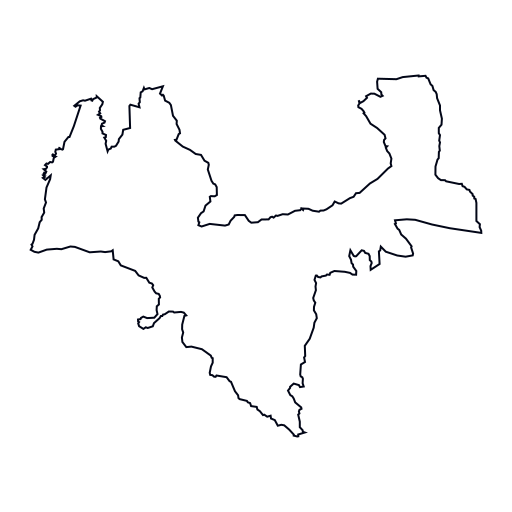 outline of Atzitzihuacán, Puebla, Mexico
{"feature_id": "50627088B49203716131538", "entity_name": "Atzitzihuacán", "entity_type": "district", "adm_level": 2, "iso_a3": "MEX", "parent_name": "Mexico", "parent_adm1": "Puebla", "projection": "mercator", "projection_center": [-98.615, 18.813], "detail": "fine", "context": "isolated", "style": "outline", "palette": "ink", "viewbox_px": 512, "rotation_deg": 0, "n_neighbors": 0, "source": "geoboundaries", "source_scale": "gbopen_adm2", "svg_char_len": 6006}
<svg xmlns="http://www.w3.org/2000/svg" viewBox="0 0 512 512"><path d="M59.5,147.0L59.0,149.2L55.8,149.6L55.3,151.8L56.0,153.6L55.3,154.8L54.2,155.4L52.9,154.4L52.4,154.9L52.6,156.0L55.5,156.7L53.8,157.9L53.0,161.7L52.1,162.4L50.1,162.0L48.0,163.9L46.5,163.5L45.0,165.1L47.0,166.5L47.0,167.4L45.9,168.9L43.7,169.2L46.3,171.6L45.6,173.1L44.2,172.7L43.6,173.8L44.7,174.9L43.2,175.3L44.8,176.9L42.9,177.9L45.4,179.9L50.7,175.4L50.1,179.2L46.5,187.5L44.9,199.3L46.0,202.5L43.7,208.5L44.2,212.6L41.6,217.1L41.7,219.8L39.7,222.2L38.2,228.4L34.6,234.8L34.0,239.8L32.5,243.8L31.5,244.6L32.5,246.4L30.7,249.8L34.4,251.8L38.4,252.6L46.8,249.6L56.8,248.8L61.4,249.2L70.4,246.5L74.9,246.9L89.7,252.3L100.8,251.5L105.1,252.1L111.3,251.3L112.7,250.3L113.6,259.4L118.3,261.3L120.8,265.4L135.2,270.9L138.6,275.4L144.2,277.9L146.3,277.8L149.3,282.7L151.9,283.5L153.2,285.2L152.3,287.5L154.6,291.6L156.1,293.3L158.7,293.9L159.8,295.8L160.1,297.4L158.8,298.8L158.9,304.5L156.8,306.3L156.6,310.1L157.5,314.1L154.3,317.7L147.1,318.1L143.3,316.6L141.0,317.9L140.5,319.1L138.0,319.5L138.1,321.4L139.1,322.1L138.2,323.4L139.1,326.2L143.4,328.9L145.8,327.3L147.7,328.0L152.8,326.3L154.0,323.1L159.6,318.1L160.9,316.0L162.3,316.0L163.0,314.6L164.7,314.3L168.9,311.5L173.0,311.6L174.2,312.5L181.0,311.9L183.8,312.6L186.2,315.4L184.4,315.9L182.2,324.6L182.1,329.2L183.2,332.5L181.9,337.5L182.4,342.0L186.3,347.1L191.4,346.6L201.9,349.2L210.8,355.6L211.7,357.8L212.7,358.2L212.7,362.7L211.0,366.4L209.7,372.8L210.2,374.9L212.4,375.2L214.1,376.7L215.6,376.8L216.5,375.5L226.6,377.2L229.6,381.2L231.0,381.8L235.0,391.3L238.1,395.3L238.5,398.1L239.6,399.1L246.9,400.9L247.8,402.3L250.1,403.1L251.1,406.1L256.7,406.9L257.4,409.5L259.9,411.2L263.0,415.1L264.3,414.7L267.2,416.7L270.6,415.7L271.0,418.5L274.8,420.1L277.8,425.7L281.3,424.8L284.2,425.3L289.2,429.6L293.8,434.6L293.7,435.6L297.3,436.5L298.3,436.3L298.2,434.5L304.8,432.5L302.9,431.8L302.6,430.2L299.8,427.2L299.8,421.7L298.2,414.6L299.4,413.5L298.9,411.4L299.5,409.8L301.5,408.8L301.2,407.4L295.2,402.4L293.7,398.5L292.3,396.3L290.3,395.1L288.0,390.6L290.1,387.9L290.1,386.8L293.7,383.6L298.9,385.1L300.0,387.1L303.7,386.5L302.6,383.2L302.9,378.8L302.3,377.3L300.7,376.4L300.2,374.5L300.9,364.5L305.0,362.0L304.1,357.5L305.2,356.0L304.8,345.8L309.7,338.8L313.7,327.7L314.4,322.7L316.8,318.2L316.2,314.2L313.9,310.4L314.0,306.8L315.3,302.7L313.8,300.5L313.2,298.0L315.9,290.2L315.5,286.5L316.1,283.1L314.5,279.9L315.8,275.6L316.8,275.5L318.1,277.0L320.5,277.4L321.6,276.4L325.9,275.6L327.0,274.5L329.6,274.8L330.3,272.8L334.4,271.0L344.8,271.8L350.0,272.9L352.5,274.6L356.1,274.7L356.3,271.0L353.2,266.7L353.0,264.5L351.6,263.2L351.0,259.7L349.2,256.1L350.4,250.3L353.7,255.9L355.1,256.4L356.2,256.2L361.7,250.3L364.0,250.9L365.2,252.9L368.5,253.8L369.7,256.1L369.8,260.1L371.3,261.5L371.7,263.0L370.5,266.1L370.7,269.8L379.6,264.0L378.9,251.4L380.2,250.4L380.8,246.6L385.8,251.7L397.2,255.5L405.6,256.7L412.7,255.4L413.1,253.6L411.1,247.4L411.6,246.3L406.0,238.7L401.2,234.5L399.2,229.9L397.6,228.7L394.9,224.0L395.9,223.4L395.0,220.3L406.7,219.3L415.2,219.8L432.0,224.5L449.7,228.2L481.3,232.9L481.2,230.7L479.6,227.1L479.9,224.2L476.4,221.0L476.4,202.9L475.6,199.0L474.3,198.5L474.2,196.7L472.7,195.6L472.6,194.1L470.0,191.6L469.4,189.9L466.8,189.4L464.5,186.8L462.6,186.2L461.8,183.8L459.1,184.0L446.1,181.3L445.0,180.2L440.9,180.1L438.1,178.2L435.4,174.7L435.5,166.5L437.5,159.6L438.7,158.2L438.9,151.9L439.8,150.6L439.3,146.1L440.0,142.4L439.2,140.6L440.0,135.1L438.8,133.2L438.8,127.9L441.5,124.7L441.9,118.7L440.0,110.3L440.0,105.5L437.1,98.2L436.7,94.2L435.7,91.9L433.6,90.1L432.4,85.9L430.6,84.3L428.2,78.4L426.5,77.7L425.5,75.8L418.7,76.4L418.6,75.5L402.7,77.1L396.4,79.2L377.9,78.7L377.1,81.7L377.6,88.8L381.2,92.2L381.4,94.5L382.6,95.8L380.4,96.8L374.4,93.7L370.8,93.6L366.1,96.2L367.0,97.8L363.4,101.2L360.1,103.0L358.7,100.3L359.5,103.4L358.2,105.5L358.4,107.2L361.5,108.8L363.6,111.2L364.4,112.7L363.6,113.3L366.1,116.1L370.5,123.7L377.1,128.0L384.6,134.8L385.5,138.4L384.1,139.9L383.8,142.0L385.5,146.1L387.1,146.3L385.8,147.7L387.2,151.1L389.4,153.5L391.4,158.6L390.7,163.4L391.4,166.1L388.0,168.5L377.5,178.9L369.9,183.5L359.6,192.9L356.0,193.2L353.6,196.8L350.0,198.1L341.2,203.6L338.7,203.4L334.7,201.5L332.5,205.3L326.5,209.3L323.6,210.5L320.4,210.6L319.0,211.7L312.6,210.7L308.5,208.8L302.6,208.5L303.4,209.2L303.1,210.0L301.5,208.5L300.2,210.2L295.0,210.8L287.9,214.5L282.7,214.2L277.5,215.9L276.0,215.5L273.6,217.6L272.1,216.7L270.5,217.2L268.6,219.4L261.5,219.5L257.9,222.2L251.3,222.7L248.7,220.8L244.9,215.1L237.4,215.0L234.7,215.4L234.2,216.9L230.6,220.7L228.7,224.5L225.0,225.6L209.7,223.9L201.6,226.5L198.4,225.2L199.3,222.3L198.4,221.6L197.9,217.7L201.0,213.2L203.6,211.4L205.5,205.6L210.4,201.5L209.8,196.8L210.9,196.1L214.7,196.3L216.9,195.0L216.7,187.1L215.2,184.4L213.3,183.6L211.5,180.8L207.8,169.5L208.8,164.8L208.3,162.8L204.5,160.7L201.0,154.9L195.7,154.0L190.0,149.9L182.8,146.6L175.3,140.6L175.0,139.9L176.5,139.7L178.7,134.1L180.0,133.3L179.5,129.8L176.6,124.0L176.8,120.7L173.0,115.8L170.9,105.1L169.3,102.8L165.1,100.6L163.7,95.6L162.9,94.8L162.0,95.5L160.0,93.6L162.9,86.3L152.1,89.2L149.3,88.0L144.5,89.4L143.9,87.9L142.6,91.3L140.7,92.4L140.3,97.5L139.5,98.2L139.8,102.2L138.6,103.7L139.5,107.3L130.4,104.7L129.4,106.0L130.1,128.0L123.2,129.8L122.4,134.6L118.9,139.1L118.6,141.6L116.0,145.8L114.3,146.7L111.6,146.7L110.8,148.5L108.3,149.6L107.6,151.3L105.6,143.8L106.2,140.8L104.3,137.6L105.8,137.1L106.0,135.0L102.5,133.4L102.5,131.7L100.9,128.9L101.0,126.3L102.8,126.1L101.5,125.3L102.0,123.7L104.5,122.6L105.0,121.2L100.3,118.6L100.0,117.8L101.4,117.0L101.2,116.2L98.0,114.8L100.2,113.3L99.0,111.7L100.0,110.3L99.8,108.0L102.3,104.3L102.9,101.8L96.7,96.2L96.7,97.5L93.0,99.2L92.3,100.7L91.4,100.4L91.0,98.7L85.0,100.7L83.1,100.3L79.8,101.3L74.3,105.8L75.5,106.7L77.6,105.3L80.6,105.6L73.8,126.3L69.5,137.0L68.4,137.0L64.5,141.8L63.0,149.2L62.5,149.6L59.4,148.7L59.5,147.0Z" fill="none" stroke="#020617" stroke-width="2"/></svg>